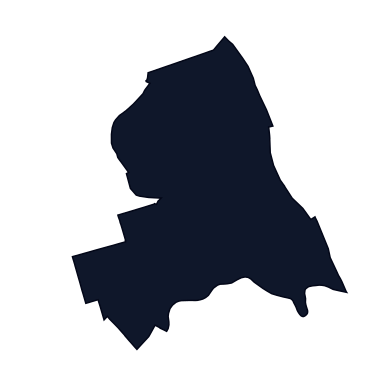 outline of Oltenita, Calarasi, Romania, rotated 258°
{"feature_id": "2599482B1187163066673", "entity_name": "Oltenita", "entity_type": "district", "adm_level": 2, "iso_a3": "ROU", "parent_name": "Romania", "parent_adm1": "Calarasi", "projection": "orthographic", "projection_center": [26.67, 44.114], "detail": "fine", "context": "isolated", "style": "filled", "palette": "ink", "viewbox_px": 384, "rotation_deg": 258, "n_neighbors": 0, "source": "geoboundaries", "source_scale": "gbopen_adm2", "svg_char_len": 3073}
<svg xmlns="http://www.w3.org/2000/svg" viewBox="0 0 384 384"><g transform="rotate(258 192 192)"><path d="M61.7,322.4L62.5,322.1L73.0,320.0L76.4,319.1L80.0,317.9L84.6,316.9L99.1,313.5L108.2,313.5L121.6,311.1L137.6,308.2L138.3,308.0L141.4,307.2L142.1,307.1L140.4,302.5L152.9,297.0L165.1,288.7L177.4,284.0L178.0,283.8L178.3,283.8L181.5,282.4L185.2,280.8L201.0,277.3L214.2,276.7L227.4,279.0L228.1,279.2L231.5,279.7L239.6,280.5L239.7,284.8L257.0,281.9L271.9,278.3L278.4,277.1L279.1,276.9L280.1,276.7L283.1,275.9L290.6,275.6L303.3,272.9L312.2,269.4L327.9,262.5L329.0,261.7L329.5,261.3L329.7,261.1L332.3,259.1L337.0,256.2L336.2,255.2L329.8,246.9L326.3,242.5L325.8,238.1L325.2,233.8L321.8,206.5L321.5,204.4L319.9,191.3L317.8,174.3L317.8,173.9L313.3,172.4L312.6,172.1L311.7,171.6L311.1,171.3L310.9,171.0L310.4,170.5L310.3,170.1L309.5,170.2L307.1,173.5L306.2,172.4L305.3,171.4L303.2,169.0L302.1,167.7L301.1,166.7L299.7,165.6L299.2,165.2L298.4,164.6L292.0,155.6L290.0,152.7L287.6,148.5L287.1,147.8L286.0,145.7L285.3,144.6L284.4,142.5L283.9,141.6L281.9,136.9L278.4,132.2L276.2,130.1L271.5,127.4L265.2,125.2L256.5,123.4L251.4,123.9L245.1,126.4L241.2,126.6L237.9,128.0L236.5,128.7L224.3,134.1L223.6,131.7L217.9,132.0L208.3,132.5L200.6,136.8L198.9,139.8L195.7,148.4L192.8,159.2L192.5,160.6L190.8,158.1L190.3,157.1L187.3,154.7L188.4,152.9L188.2,152.7L188.0,152.3L187.0,141.7L184.8,114.7L183.3,114.8L181.0,115.1L179.8,115.3L178.6,115.4L177.6,115.4L176.9,115.4L175.2,115.7L170.5,116.1L158.2,117.0L158.1,116.6L157.1,116.7L156.6,108.9L156.2,103.6L156.0,99.7L155.2,86.3L154.7,79.2L153.6,61.6L153.3,61.6L150.7,61.8L148.8,62.0L146.9,62.1L146.5,62.2L144.0,62.3L141.4,62.5L132.4,63.1L127.1,63.5L118.3,64.0L115.0,64.3L105.2,65.0L105.4,68.1L105.7,71.2L105.8,72.7L106.2,77.7L98.9,78.4L85.2,79.4L88.0,83.4L87.6,83.6L86.7,84.0L86.2,84.3L85.0,84.9L82.3,86.6L78.9,88.8L74.1,91.8L73.5,92.1L71.5,93.2L65.7,96.5L65.3,96.8L65.2,96.6L59.0,100.0L58.2,100.5L55.5,102.0L52.6,103.6L51.4,104.3L50.4,104.9L49.5,105.4L54.0,111.7L59.5,119.5L59.9,119.9L61.6,121.4L69.2,128.0L69.4,128.2L65.5,132.9L65.3,132.7L63.2,135.5L61.0,138.2L61.4,138.6L61.9,139.0L62.5,139.5L63.3,140.2L65.5,141.2L66.9,141.8L67.5,141.9L69.5,142.3L70.3,142.4L75.3,142.8L78.2,143.8L82.5,146.2L85.4,149.4L87.5,153.5L88.0,156.4L88.0,158.8L86.7,166.0L85.9,169.8L85.2,172.8L84.9,174.8L84.9,177.8L85.1,180.4L85.9,183.3L87.5,186.5L91.5,190.7L93.5,193.0L95.6,197.6L96.0,200.3L95.2,205.0L94.9,207.8L94.8,211.9L96.8,217.9L97.9,222.4L97.9,226.3L96.8,229.2L94.7,231.5L91.0,234.0L83.0,241.3L79.6,244.8L76.0,248.8L73.4,253.5L70.4,259.5L68.8,263.1L67.3,266.2L66.2,267.2L64.8,268.1L62.3,268.6L60.3,269.2L57.5,269.9L54.1,270.4L51.9,271.1L49.8,272.0L48.2,273.0L47.4,274.0L47.0,274.9L47.1,275.8L47.6,277.4L48.6,278.9L49.3,279.6L50.4,280.1L51.3,280.3L52.4,280.4L54.1,280.2L56.2,280.0L58.3,279.9L60.5,280.0L64.1,280.9L67.2,281.0L69.1,281.0L70.5,281.4L72.7,282.2L73.5,282.9L74.1,283.9L75.2,286.4L75.2,290.4L74.8,293.6L74.5,297.1L73.8,299.6L72.8,302.3L70.6,305.8L67.4,309.8L64.5,316.1L63.0,319.5L61.7,322.4Z" fill="#0f172a" stroke="#020617" stroke-width="1.5"/></g></svg>